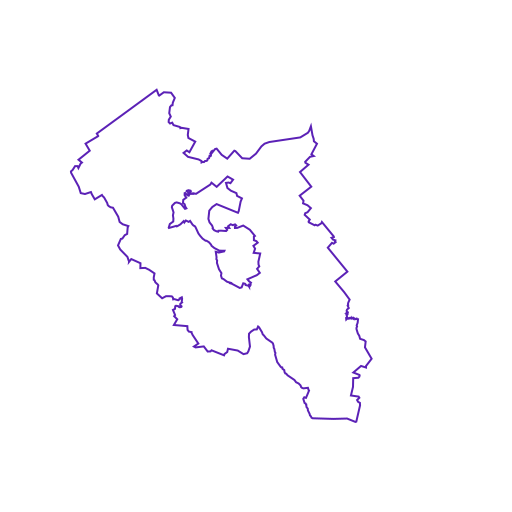 the district of Cieceres pag., Brocenu, Latvia, rotated 328°
{"feature_id": "27541924B20812887451136", "entity_name": "Cieceres pag.", "entity_type": "district", "adm_level": 2, "iso_a3": "LVA", "parent_name": "Latvia", "parent_adm1": "Brocenu", "projection": "mercator", "projection_center": [22.572, 56.663], "detail": "fine", "context": "isolated", "style": "outline", "palette": "violet", "viewbox_px": 512, "rotation_deg": 328, "n_neighbors": 0, "source": "geoboundaries", "source_scale": "gbopen_adm2", "svg_char_len": 6136}
<svg xmlns="http://www.w3.org/2000/svg" viewBox="0 0 512 512"><g transform="rotate(328 256 256)"><path d="M143.9,86.2L143.3,87.4L142.4,103.3L140.7,109.8L143.8,112.8L149.9,114.3L149.5,116.6L149.3,122.5L157.7,122.6L157.7,123.9L158.2,125.9L157.9,132.2L157.3,134.1L157.5,135.5L158.5,137.6L160.3,139.3L160.0,149.6L158.4,154.9L159.8,158.5L163.6,163.0L162.3,163.8L158.4,169.0L155.7,168.8L151.9,170.4L150.4,169.9L144.6,173.9L144.3,178.5L146.5,188.6L145.6,192.4L145.9,192.8L145.2,193.7L148.6,192.5L154.2,200.9L151.5,205.0L155.8,207.4L158.1,211.1L160.7,217.0L158.0,219.9L156.7,222.0L157.1,222.9L156.7,225.0L157.6,228.2L157.6,229.1L152.1,235.2L154.0,242.1L158.4,242.4L162.6,245.1L163.3,245.8L163.5,247.2L162.8,248.9L163.8,249.2L166.6,252.3L168.5,252.2L168.7,251.5L171.2,251.7L170.7,253.1L168.5,255.8L168.6,256.2L166.6,256.4L165.7,257.4L166.2,259.2L165.7,259.6L164.2,259.1L163.5,258.1L163.5,257.4L161.8,255.8L160.9,255.8L159.3,257.9L157.0,257.7L156.1,263.2L154.7,263.7L155.7,267.9L149.8,271.0L160.6,279.1L158.8,282.4L159.0,284.5L161.0,286.4L160.7,286.8L160.4,289.4L160.7,299.7L155.4,299.9L156.3,301.5L163.8,305.0L164.4,311.4L166.9,312.8L168.3,312.4L176.3,323.3L177.4,322.4L180.7,322.2L183.1,319.8L190.4,326.5L193.4,332.6L197.0,333.8L199.0,332.8L202.9,329.6L207.0,321.0L208.9,318.2L211.7,317.5L215.5,317.4L217.8,318.7L220.4,316.9L220.8,318.1L220.7,323.8L220.2,326.0L220.6,327.5L221.0,331.4L223.9,338.1L224.0,339.2L223.3,341.6L222.4,343.2L222.3,344.6L221.2,347.2L221.1,348.5L219.9,349.8L217.8,357.2L218.2,363.0L218.5,363.9L219.2,364.4L218.7,365.8L219.5,367.7L218.7,369.6L218.6,371.1L219.3,371.9L219.5,373.8L222.9,381.5L223.1,384.3L224.6,386.7L225.2,389.4L224.8,391.1L225.2,392.3L226.1,393.4L230.2,395.3L229.6,397.4L229.7,398.2L225.8,401.0L223.2,402.8L222.1,401.4L220.4,402.2L219.3,406.4L219.9,407.4L219.6,408.7L219.8,408.8L218.8,410.8L219.0,412.9L218.2,414.4L217.8,418.3L217.3,419.8L217.6,421.1L217.4,422.5L218.0,423.6L235.2,435.1L247.1,442.1L252.4,449.4L253.3,449.6L265.1,437.8L266.3,435.6L265.3,433.8L265.4,431.7L268.5,431.0L268.5,429.6L262.6,424.6L268.9,418.4L273.7,411.1L278.3,413.5L279.7,413.1L280.6,412.2L280.7,411.7L276.8,406.4L286.8,404.9L290.2,408.9L291.0,407.6L299.6,404.4L300.0,391.2L303.7,386.6L303.0,384.5L300.4,381.4L301.3,378.3L301.3,375.7L302.5,371.2L303.1,370.2L304.4,369.3L304.6,368.2L306.8,366.5L309.0,363.7L308.0,362.8L308.1,362.4L307.0,362.3L306.1,360.5L305.5,361.2L305.2,360.6L305.4,360.0L304.3,359.9L304.4,359.2L303.9,359.5L303.6,358.7L302.7,358.8L302.7,358.2L301.6,358.1L301.3,357.6L300.8,357.9L300.4,357.4L298.9,357.7L299.6,356.3L300.3,356.4L301.1,355.5L301.5,354.2L302.3,354.1L302.0,353.2L302.7,353.5L303.9,352.8L304.0,352.2L303.1,351.8L303.5,351.5L303.9,350.4L304.8,349.7L307.1,349.3L307.4,346.7L308.2,346.5L308.4,345.6L309.6,344.4L312.3,342.6L311.6,333.2L309.7,319.6L325.2,317.7L321.3,287.0L327.4,285.1L328.4,286.7L330.9,286.4L330.7,285.4L331.6,284.8L330.0,282.9L329.7,280.6L332.1,281.2L332.3,280.6L329.9,262.1L328.8,262.9L324.5,262.9L323.0,261.0L322.0,261.0L318.7,255.5L319.0,255.3L319.0,254.5L320.9,253.6L319.1,246.9L320.4,245.8L322.9,246.2L327.9,244.5L326.6,240.3L323.8,236.3L325.6,234.3L325.0,228.0L339.6,226.5L337.8,208.1L348.9,206.4L347.3,203.1L347.6,202.2L354.4,200.5L357.9,201.8L356.9,199.1L367.2,193.1L365.9,189.4L367.0,187.2L367.9,183.5L371.3,175.1L367.4,178.1L365.3,179.0L356.4,178.9L327.7,166.4L322.8,165.3L318.7,165.9L310.2,169.2L302.2,170.2L296.1,165.8L294.1,156.1L293.4,155.2L283.2,158.2L280.5,152.0L279.5,144.1L278.0,143.6L274.5,144.8L273.8,144.2L274.1,143.7L273.7,143.7L272.6,144.3L272.7,144.8L272.0,145.0L272.5,145.5L271.7,145.8L270.9,147.1L269.9,147.1L270.1,146.4L269.8,146.3L268.0,148.2L266.5,147.9L265.5,149.0L264.6,149.2L263.0,148.4L261.7,148.8L260.4,147.9L259.4,147.8L260.1,146.5L258.5,143.7L250.9,135.9L249.2,130.2L253.2,129.8L254.5,132.7L265.1,126.8L261.2,120.1L262.3,117.2L266.1,112.5L261.1,108.1L259.7,107.5L260.1,106.9L259.5,105.9L255.4,101.3L255.6,98.5L253.3,98.1L252.9,96.1L254.3,94.2L257.6,92.6L258.1,88.9L262.0,84.1L264.1,83.4L265.1,83.9L266.7,81.9L270.9,78.9L270.5,72.5L264.6,68.3L258.9,68.7L258.7,68.3L259.8,62.4L185.9,67.8L185.8,70.6L185.5,70.7L171.0,70.4L170.8,78.6L156.5,80.3L157.9,84.5L156.2,84.7L152.0,87.3L152.3,85.2L150.2,83.9L146.0,85.9L143.9,86.2ZM218.8,195.6L218.7,191.3L217.0,191.4L215.3,188.7L213.0,189.6L213.1,188.1L208.7,189.1L205.4,189.0L204.5,188.9L204.3,188.2L197.0,186.1L197.0,185.7L199.9,183.2L204.1,182.9L205.8,180.5L207.1,177.5L209.2,175.3L210.5,170.0L211.6,168.9L215.4,168.0L217.1,168.5L219.3,170.9L220.1,172.5L220.8,178.4L222.2,178.7L222.2,176.7L222.9,174.3L222.2,172.3L224.1,169.8L227.8,169.6L227.7,166.6L228.8,164.9L229.2,165.0L229.9,167.3L230.5,167.6L230.2,168.2L230.4,168.7L230.9,169.2L232.2,168.5L231.7,167.4L232.3,165.3L231.4,164.4L231.8,164.0L233.6,164.4L235.1,165.9L235.1,166.5L233.3,166.9L234.2,168.4L234.0,169.0L235.8,170.1L236.1,169.6L238.1,171.5L255.1,171.2L257.1,170.2L259.3,176.5L274.0,173.5L277.0,179.1L272.9,180.7L271.7,179.2L269.3,178.1L267.8,183.2L269.3,187.3L272.7,192.3L271.8,195.0L274.6,199.7L271.8,201.7L265.2,208.7L263.6,209.8L250.1,191.1L244.9,191.3L240.4,192.8L235.3,199.3L234.4,202.9L234.9,206.9L234.4,209.2L233.8,209.7L234.2,212.0L235.6,214.1L236.8,215.3L237.5,214.7L239.8,216.0L243.9,219.0L245.4,218.6L245.3,216.2L248.2,218.0L248.1,216.0L251.4,215.7L252.6,217.5L255.0,218.1L255.4,219.6L253.6,220.0L253.0,221.1L254.9,222.2L261.3,223.4L264.7,230.5L265.7,238.4L264.5,238.4L262.6,241.5L264.2,243.6L264.5,245.6L259.2,246.0L259.1,249.3L255.7,252.1L260.9,256.1L255.0,262.1L253.6,264.6L253.3,266.5L250.1,267.5L250.3,272.3L246.7,272.7L236.4,271.2L236.7,273.8L237.6,276.0L236.3,276.6L236.2,277.6L235.3,278.1L234.7,277.0L233.9,278.4L233.9,277.3L231.8,275.1L232.1,274.2L231.9,273.6L230.7,272.4L227.2,275.0L225.3,274.5L220.8,266.7L219.8,265.6L220.4,265.4L217.8,262.5L216.2,258.3L215.2,256.9L215.9,254.1L217.6,252.2L217.6,247.6L219.2,241.2L220.7,239.1L220.7,237.7L221.9,236.1L224.1,231.1L226.3,233.4L231.4,235.2L232.0,234.8L227.8,232.1L224.9,227.2L223.7,223.8L223.9,222.5L223.4,219.4L222.1,216.8L221.3,216.3L219.9,212.9L219.3,209.2L219.1,206.4L220.0,199.4L219.8,197.9L219.2,197.3L218.8,195.6Z" fill="none" stroke="#5b21b6" stroke-width="2"/></g></svg>